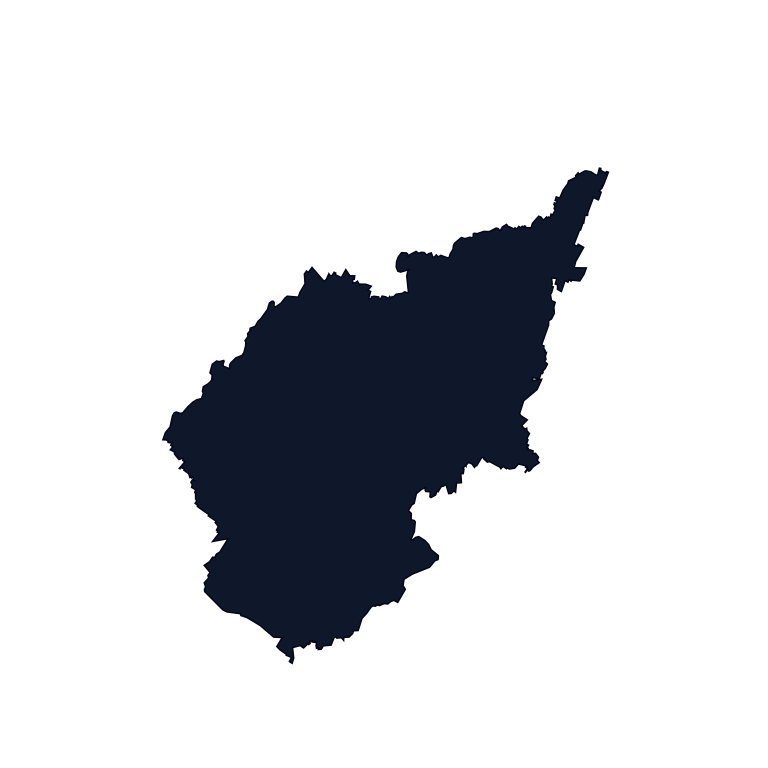 Si Prachan, Suphan Buri, Thailand (Equal Earth projection), rotated 27°
{"feature_id": "78962969B29748545186398", "entity_name": "Si Prachan", "entity_type": "district", "adm_level": 2, "iso_a3": "THA", "parent_name": "Thailand", "parent_adm1": "Suphan Buri", "projection": "equal_earth", "projection_center": [100.149, 14.651], "detail": "fine", "context": "isolated", "style": "filled", "palette": "ink", "viewbox_px": 768, "rotation_deg": 27, "n_neighbors": 0, "source": "geoboundaries", "source_scale": "gbopen_adm2", "svg_char_len": 6162}
<svg xmlns="http://www.w3.org/2000/svg" viewBox="0 0 768 768"><g transform="rotate(27 384 384)"><path d="M479.0,101.7L471.9,101.0L467.4,102.3L466.0,103.2L462.6,108.5L461.1,107.7L460.1,111.4L461.1,112.8L456.2,119.2L456.8,122.2L455.6,129.8L456.1,138.5L452.5,139.1L453.2,142.8L455.4,142.7L455.5,144.9L453.6,145.3L454.0,147.1L456.2,147.8L455.6,148.6L456.0,150.6L457.7,151.0L457.4,156.8L455.7,156.8L456.5,160.6L454.6,160.6L454.1,162.2L453.0,161.4L451.7,165.7L448.1,164.0L445.6,164.3L443.3,173.6L444.2,177.9L438.8,180.6L438.6,179.2L437.7,179.2L437.7,180.1L435.5,180.7L435.2,182.6L432.5,182.4L432.1,185.7L429.8,185.3L429.9,186.8L424.4,187.0L424.2,187.7L420.7,186.2L418.2,190.2L417.9,194.9L415.2,193.7L413.2,194.1L408.6,200.4L403.7,202.7L398.7,207.8L395.9,208.7L395.4,209.8L396.6,212.1L396.4,213.6L393.9,214.2L390.1,217.7L386.4,218.4L382.9,226.6L383.0,229.1L384.3,232.6L383.9,237.7L384.5,241.5L384.0,242.6L376.2,243.6L374.5,246.2L372.0,245.2L371.2,248.1L369.8,248.7L366.6,245.7L364.5,247.7L363.7,249.8L360.2,248.6L357.4,249.7L355.6,251.8L352.4,251.3L348.4,256.8L347.5,259.2L346.2,257.5L344.5,257.0L340.0,259.0L339.0,264.6L339.6,269.2L341.8,274.3L345.1,277.2L347.9,276.8L354.3,270.9L354.2,273.8L355.2,277.4L363.9,290.9L363.8,292.2L360.6,292.4L359.2,294.9L354.1,298.4L352.6,302.7L351.5,302.5L351.4,304.2L349.3,303.4L349.2,305.8L346.0,305.5L342.4,306.5L342.3,310.2L340.8,310.2L339.8,308.8L335.2,310.4L333.3,312.1L334.0,314.4L331.4,314.5L330.1,307.6L327.1,307.7L328.3,302.6L322.4,303.4L317.2,305.9L317.3,307.0L313.7,304.4L312.3,307.1L310.2,308.0L308.6,305.0L310.0,304.2L308.8,300.9L304.5,303.1L298.0,299.4L297.7,308.6L290.7,308.6L290.7,307.1L288.8,307.1L288.6,311.1L286.2,311.8L284.8,310.8L285.1,316.8L284.1,319.8L266.9,312.8L265.9,319.0L263.7,318.5L263.1,322.1L268.1,330.5L267.5,340.5L268.2,345.5L257.9,349.7L256.8,352.1L255.5,358.8L252.5,364.3L250.6,364.6L249.2,361.3L247.8,360.6L246.7,361.0L245.1,363.8L246.3,370.6L244.6,381.7L243.2,385.5L243.1,391.0L239.4,395.1L240.4,397.7L239.6,401.0L241.2,403.4L240.5,408.4L242.0,409.7L243.4,413.0L244.9,419.5L244.4,423.1L240.1,428.0L237.8,435.0L237.8,436.9L239.4,440.6L232.7,441.0L231.6,439.3L231.2,436.3L230.5,435.8L227.0,438.9L224.4,439.5L222.0,444.4L223.8,453.1L226.7,453.9L228.4,458.0L228.5,459.9L227.0,464.0L224.2,468.4L225.5,472.9L227.2,474.3L228.0,479.9L224.3,483.0L221.9,487.0L219.6,493.2L217.7,501.2L215.7,502.7L211.6,503.3L210.1,505.0L210.0,508.4L212.9,519.5L211.3,526.4L212.3,534.1L215.2,532.7L217.0,532.7L218.2,534.1L221.7,532.8L221.8,535.4L224.3,535.8L223.5,539.7L227.8,539.6L229.3,541.6L235.6,544.4L238.8,541.0L239.4,543.5L241.9,543.6L239.9,552.2L240.7,552.2L240.7,550.8L244.5,550.1L244.7,551.6L250.7,552.6L253.4,555.3L253.7,554.6L255.0,555.2L255.4,553.6L256.6,553.9L257.0,555.2L258.2,555.8L256.9,555.9L256.5,559.2L258.9,560.8L259.5,563.5L264.2,563.7L264.5,566.3L266.0,567.4L268.3,572.0L270.2,573.1L269.9,576.1L273.3,576.8L273.2,577.7L274.7,578.1L287.3,579.9L287.3,581.3L296.9,582.5L296.5,584.1L301.1,586.1L301.1,590.2L302.5,590.3L302.6,591.7L304.8,591.5L302.8,602.1L315.3,592.6L313.9,608.5L311.9,611.6L311.9,615.4L309.9,616.1L309.2,621.6L306.1,627.2L314.6,630.9L314.0,634.5L315.8,636.4L314.1,642.8L317.1,645.7L317.3,648.6L318.5,650.4L342.9,658.4L347.5,658.4L360.2,653.9L361.7,655.3L367.6,654.3L383.4,655.4L400.5,659.6L408.4,656.2L407.7,666.6L412.1,668.1L420.3,669.3L420.2,670.1L425.7,669.7L425.7,674.3L429.0,674.6L428.0,669.2L422.2,660.4L428.8,654.5L429.3,655.4L432.2,655.7L434.2,649.7L435.2,650.3L436.0,648.7L434.8,646.9L436.8,645.4L437.0,646.5L440.2,645.4L439.3,644.6L440.9,644.3L441.7,646.4L442.6,646.4L442.1,647.8L443.8,650.1L445.5,648.8L445.9,650.4L448.5,648.9L448.8,644.9L455.4,640.7L454.7,632.9L455.6,631.1L457.2,631.9L461.2,629.4L464.4,630.7L463.2,628.1L467.8,625.3L469.4,620.5L468.8,617.8L472.9,615.4L470.8,602.9L472.7,596.2L473.8,588.6L474.9,586.7L477.1,586.0L478.3,584.1L480.6,583.4L484.0,579.5L487.3,578.3L488.6,575.0L491.0,572.3L495.4,572.4L496.2,557.2L492.5,555.0L490.5,548.9L495.6,540.5L507.8,526.5L509.6,518.5L511.9,515.8L510.3,512.2L501.3,510.3L496.7,506.8L491.7,504.9L484.2,504.2L481.9,506.2L479.9,510.4L478.6,510.2L478.1,501.8L474.5,492.7L473.1,491.9L469.8,492.6L467.1,486.9L463.2,485.7L463.7,479.0L465.1,476.7L462.4,466.1L463.0,466.2L465.4,460.6L468.1,457.6L468.9,460.1L470.0,460.8L474.2,459.0L476.1,463.7L477.5,463.8L480.4,459.5L479.8,455.8L481.2,455.4L481.5,449.6L483.2,448.2L484.8,445.4L491.4,452.3L493.6,451.0L494.7,447.6L496.9,448.0L493.6,439.3L497.8,436.8L493.2,429.0L495.3,427.9L493.9,423.5L492.4,423.1L493.8,419.6L494.4,419.9L494.0,419.0L494.9,415.6L498.7,415.3L502.4,417.2L502.9,414.8L503.7,414.8L504.4,405.2L506.5,404.3L506.8,405.4L511.5,406.7L513.4,405.2L525.1,405.5L526.6,406.4L527.5,403.4L531.4,403.9L531.4,403.1L534.6,402.7L538.7,399.6L540.1,394.2L547.1,392.6L547.9,392.6L547.8,393.8L549.0,393.9L549.1,393.2L550.2,393.9L549.6,398.4L550.1,398.6L551.2,394.7L552.6,395.9L553.4,394.9L554.5,390.2L558.0,383.6L555.2,382.5L554.9,379.1L550.5,377.0L548.2,378.5L547.2,375.9L544.1,376.3L542.2,377.6L541.9,375.9L540.4,375.9L540.6,372.8L538.2,372.7L537.7,368.4L536.6,368.5L536.1,366.5L536.1,362.1L532.7,360.8L531.2,358.6L530.0,360.2L525.6,358.6L528.0,350.9L520.5,350.1L518.3,348.9L516.1,335.5L522.9,319.5L522.5,309.7L522.3,308.2L514.5,313.7L513.9,310.5L520.0,309.3L519.2,302.9L520.4,302.8L520.4,301.1L519.5,300.8L520.6,297.1L520.6,292.0L516.7,290.9L517.2,288.5L515.2,286.2L514.4,282.0L512.9,282.4L512.6,281.1L510.2,279.7L509.2,277.4L506.7,277.7L503.9,256.7L502.0,252.8L503.7,250.1L503.7,243.6L500.4,238.3L499.5,233.5L495.3,233.6L491.7,228.7L491.9,226.4L490.7,220.6L489.1,221.2L488.4,218.4L485.2,213.5L490.0,211.5L491.2,217.2L493.6,216.8L495.6,220.9L500.1,221.1L498.4,209.6L501.7,209.8L501.6,206.9L504.0,207.5L504.2,206.2L511.7,203.3L512.4,195.5L511.6,188.7L500.7,194.1L499.2,187.9L499.9,171.6L493.6,171.3L493.6,173.5L490.0,173.7L488.3,157.7L489.2,157.6L488.2,150.2L488.9,150.0L486.6,142.6L488.8,141.3L487.7,138.5L485.9,122.7L491.3,122.7L491.4,121.8L490.4,114.5L488.1,114.2L489.3,110.4L488.5,109.9L488.5,108.2L489.2,108.6L489.1,105.5L487.8,93.4L485.7,93.8L485.7,95.3L481.4,95.3L479.4,94.6L479.3,93.5L477.9,93.9L479.2,99.7L479.0,101.7Z" fill="#0f172a" stroke="#020617" stroke-width="1.5"/></g></svg>